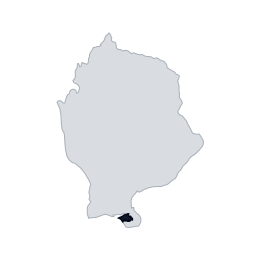 location of Murighiol, Tulcea, Romania, rotated 71°
{"feature_id": "2599482B84020842271263", "entity_name": "Murighiol", "entity_type": "district", "adm_level": 2, "iso_a3": "ROU", "parent_name": "Romania", "parent_adm1": "Tulcea", "projection": "orthographic", "projection_center": [29.149, 44.927], "detail": "fine", "context": "in_parent", "style": "filled", "palette": "ink", "viewbox_px": 256, "rotation_deg": 71, "n_neighbors": 0, "source": "geoboundaries", "source_scale": "gbopen_adm2", "svg_char_len": 5233}
<svg xmlns="http://www.w3.org/2000/svg" viewBox="0 0 256 256"><g transform="rotate(71 128 128)"><path d="M193.3,144.3L195.4,147.3L198.2,149.0L204.5,150.7L205.1,150.5L205.2,150.2L204.7,149.8L204.7,149.2L205.0,148.5L205.9,148.5L207.3,149.1L210.1,148.2L214.1,145.8L217.8,145.3L221.2,146.7L223.0,148.4L224.1,149.9L223.8,151.9L223.5,153.1L222.7,158.2L222.1,160.1L221.1,162.2L210.5,164.7L211.2,163.5L210.9,161.4L210.5,159.8L211.5,158.3L209.1,157.8L208.0,158.6L207.2,160.0L207.9,163.2L206.8,164.9L206.3,165.9L206.3,168.3L205.6,169.3L205.4,170.4L207.1,170.1L206.4,172.1L203.1,176.0L202.0,178.3L202.2,187.4L200.7,192.9L200.6,194.5L197.2,194.5L196.2,194.4L192.9,193.5L189.3,192.0L187.2,189.2L185.8,187.2L182.8,188.0L182.2,187.8L181.3,186.8L179.0,186.1L176.2,186.0L169.8,182.2L169.1,181.5L164.1,182.0L156.5,183.6L150.6,185.7L144.5,189.4L142.0,192.4L139.1,193.9L135.0,194.9L127.9,194.1L120.5,192.2L112.6,190.1L108.3,190.8L102.5,189.7L93.8,187.2L87.3,186.1L80.8,186.8L79.8,185.8L79.7,184.8L80.0,183.4L81.0,182.3L82.6,181.5L83.5,180.7L83.7,179.8L82.0,178.3L78.6,176.0L77.2,174.6L76.9,174.3L76.9,173.2L76.2,172.2L74.9,171.5L73.9,170.2L73.3,168.5L73.6,166.9L74.8,165.5L76.2,165.0L77.9,165.3L78.6,164.9L78.4,163.9L76.9,162.4L74.0,160.6L70.9,161.2L67.5,164.3L65.2,164.7L64.0,162.3L61.7,160.7L58.3,159.9L56.2,158.9L55.5,157.5L54.1,156.3L50.8,154.9L50.9,153.9L51.4,153.7L52.6,153.7L54.3,153.7L54.6,153.1L54.6,152.6L53.4,151.8L52.2,151.2L51.6,150.7L51.2,150.1L51.2,149.6L51.6,149.3L52.1,149.3L52.6,149.0L53.0,147.8L53.8,146.9L54.3,146.5L54.4,145.8L53.9,145.0L53.3,144.4L52.3,143.9L49.2,142.5L47.8,140.9L46.8,140.8L45.3,139.8L43.8,138.3L42.5,136.4L41.1,135.0L40.7,134.5L40.7,134.0L41.1,133.6L41.1,133.0L40.9,131.2L41.4,129.3L41.5,127.5L41.5,126.7L41.3,126.5L41.0,126.7L40.5,127.0L40.2,127.0L39.2,125.6L38.0,122.8L37.1,121.9L35.3,120.4L33.8,119.3L32.9,116.9L31.9,115.1L32.8,114.5L37.5,114.0L39.5,115.2L40.5,114.9L41.5,114.2L42.1,113.7L42.2,113.0L42.8,112.2L44.4,112.0L48.4,112.9L50.1,111.9L50.8,111.3L51.3,109.9L51.9,108.8L53.4,108.4L53.5,107.3L53.4,106.2L54.5,103.8L55.1,102.8L55.9,102.5L57.0,101.8L58.9,100.3L58.6,98.8L59.1,97.8L61.1,95.4L62.7,93.0L62.8,91.8L63.1,90.7L64.4,89.6L65.8,88.2L68.0,83.4L68.6,82.7L69.8,81.8L70.7,81.0L71.1,77.8L71.9,77.0L73.5,76.0L75.1,74.5L76.4,72.6L77.4,71.8L78.6,71.7L80.0,71.0L81.4,70.8L82.8,71.3L83.7,71.2L85.1,70.3L88.9,67.0L89.4,66.3L90.2,65.9L93.0,64.8L93.8,63.7L94.9,62.6L96.1,62.8L99.9,65.8L104.2,66.0L105.0,66.1L105.3,66.2L105.8,66.5L111.4,68.2L112.3,68.1L112.6,68.0L114.8,69.3L116.9,69.3L118.9,68.6L120.9,68.4L122.7,69.0L124.0,70.7L127.5,74.3L128.6,75.6L130.3,75.5L132.2,75.0L134.2,72.8L140.1,70.5L144.5,70.1L148.9,69.2L153.9,68.7L155.4,66.6L156.3,65.2L156.9,62.6L159.6,61.9L162.2,61.4L163.1,61.1L165.0,61.1L166.4,61.4L168.6,62.7L170.1,64.4L170.7,65.7L172.0,67.6L173.3,70.2L174.8,73.7L175.1,75.5L175.6,77.4L176.7,79.7L178.9,82.3L179.2,82.8L180.2,84.6L182.0,88.6L183.6,90.2L185.0,92.0L185.7,93.7L186.7,95.3L189.1,97.4L191.0,99.4L192.5,104.9L193.6,107.4L194.2,109.3L193.9,113.2L194.3,114.9L193.3,117.9L191.6,124.0L191.2,128.9L191.4,131.5L191.4,133.2L191.8,134.3L192.2,136.5L192.3,138.5L191.7,139.0L190.8,139.5L190.5,139.9L191.3,140.8L192.3,142.4L193.3,144.3Z" fill="#d9dde1" stroke="#a8b0b8" stroke-width="1"/><path d="M213.5,154.0L213.4,154.1L213.4,154.3L213.2,154.4L213.4,154.5L213.1,154.4L212.9,154.3L212.7,154.3L212.3,154.4L212.2,154.5L212.1,154.8L212.2,155.0L212.3,155.0L212.5,154.9L212.8,154.9L212.8,155.0L212.7,155.1L212.6,155.3L212.4,155.4L212.4,155.5L212.2,155.5L212.2,155.4L212.0,155.5L211.9,155.6L211.9,155.8L211.7,156.0L211.4,156.2L211.0,156.2L210.9,156.2L211.0,156.2L210.9,156.3L210.5,156.3L210.5,156.2L210.4,156.1L210.5,156.0L209.9,155.8L209.9,156.0L210.0,156.1L209.9,156.2L209.7,156.1L209.5,155.9L209.4,156.0L209.4,155.9L209.2,155.8L209.2,155.7L209.1,155.8L209.1,156.4L209.2,156.7L209.2,156.9L209.2,157.0L209.1,157.3L209.1,157.5L209.1,157.8L209.1,158.0L209.1,158.3L209.1,158.5L209.1,158.8L209.1,160.2L209.5,161.3L209.6,161.7L209.8,162.4L209.9,163.7L209.9,165.0L210.0,165.6L210.1,166.2L210.7,165.5L210.9,165.4L211.2,165.0L211.3,164.9L211.7,164.6L211.9,164.5L212.0,164.4L212.4,164.2L212.8,164.1L213.1,164.0L213.3,163.9L213.4,164.0L213.9,163.8L214.0,163.7L214.6,163.6L214.8,163.6L215.1,163.5L215.1,163.4L214.4,162.7L214.2,162.5L214.0,162.2L214.0,161.9L213.9,161.8L214.0,161.8L214.0,161.7L214.4,161.5L214.5,161.4L214.7,161.2L214.8,161.2L214.9,160.9L215.0,160.7L215.0,160.4L214.9,160.4L215.0,160.3L215.0,160.2L215.1,159.9L215.1,159.7L215.2,159.4L215.7,159.1L215.8,159.1L215.9,158.9L215.9,158.7L216.0,158.5L215.9,158.5L215.9,158.4L216.0,158.3L216.0,158.2L215.9,157.9L215.7,157.7L215.4,157.6L215.4,157.4L215.5,157.3L215.6,157.2L215.8,157.1L216.0,157.0L216.3,157.0L216.5,157.0L216.6,156.9L216.6,156.7L216.5,156.4L216.4,156.4L216.2,156.4L216.2,156.2L215.9,156.2L215.7,156.0L215.7,155.9L215.8,155.8L215.8,155.7L215.7,155.4L215.7,155.2L215.7,154.9L215.8,154.9L215.9,154.6L215.9,154.4L216.0,154.3L216.0,154.2L216.3,154.1L216.4,153.9L216.3,153.7L216.2,153.7L216.1,153.8L216.1,153.7L215.9,153.6L215.7,153.6L215.4,153.5L215.3,153.4L215.2,153.4L214.9,153.4L214.9,153.5L214.7,153.6L214.4,153.7L214.2,153.8L214.0,154.0L213.9,154.1L213.7,154.1L213.5,154.0Z" fill="#0f172a" stroke="#020617" stroke-width="1.5"/></g></svg>